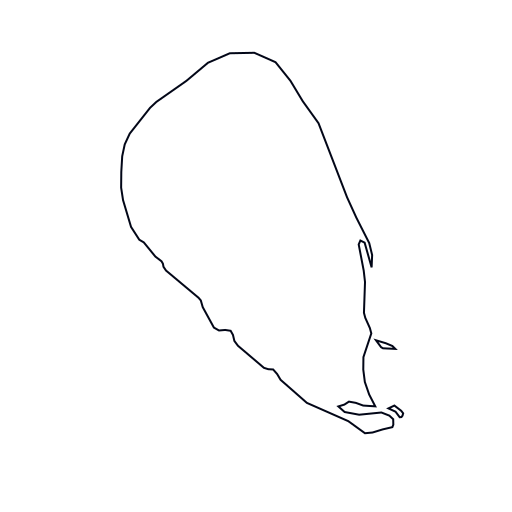 Sri Lanka, Mercator projection, rotated 164°
{"feature_id": "LKA", "entity_name": "Sri Lanka", "entity_type": "country or territory", "adm_level": 0, "iso_a3": "LKA", "parent_name": "Asia", "parent_adm1": "", "projection": "mercator", "projection_center": [80.512, 7.881], "detail": "fine", "context": "isolated", "style": "outline", "palette": "ink", "viewbox_px": 512, "rotation_deg": 164, "n_neighbors": 0, "source": "natural_earth", "source_scale": "50m", "svg_char_len": 1244}
<svg xmlns="http://www.w3.org/2000/svg" viewBox="0 0 512 512"><g transform="rotate(164 256 256)"><path d="M172.1,53.9L182.0,54.4L192.6,54.2L200.1,55.6L212.8,71.8L247.6,100.8L266.5,130.2L268.2,136.7L270.8,142.2L275.4,143.8L279.2,146.3L298.1,174.7L300.2,180.3L299.9,186.5L301.0,191.1L306.0,193.4L312.1,194.6L316.2,198.8L321.3,221.5L321.3,228.5L322.7,231.6L346.5,266.8L347.9,271.1L347.6,274.3L348.3,277.0L352.9,283.2L360.1,300.0L363.7,303.8L368.1,318.4L368.4,346.4L366.8,358.9L362.3,374.0L357.1,388.8L351.4,399.5L343.6,408.5L316.9,427.7L309.3,431.6L274.5,443.6L248.9,455.0L225.3,458.1L201.6,451.8L183.8,436.9L174.6,414.9L168.4,391.9L159.3,366.4L152.3,287.4L149.0,265.3L143.6,237.2L144.1,224.9L148.0,213.2L147.9,238.9L151.4,242.1L154.1,238.8L156.5,212.2L158.4,200.9L167.9,171.6L168.0,166.4L166.4,155.3L166.5,149.8L180.6,129.2L184.2,117.2L186.1,104.9L185.4,91.7L182.8,78.6L194.2,82.7L200.5,87.3L206.8,90.4L212.0,88.8L218.3,88.7L213.8,81.6L200.6,75.0L178.6,71.0L171.8,65.8L169.1,61.3L170.5,56.0L172.1,53.9ZM160.9,133.9L163.9,141.9L155.3,136.4L149.7,131.9L147.7,128.3L159.4,132.3L160.9,133.9ZM170.7,73.0L164.2,74.1L159.1,67.2L157.9,64.2L159.2,62.1L160.6,61.1L162.3,61.4L164.8,67.9L170.7,73.0Z" fill="none" stroke="#020617" stroke-width="2"/></g></svg>